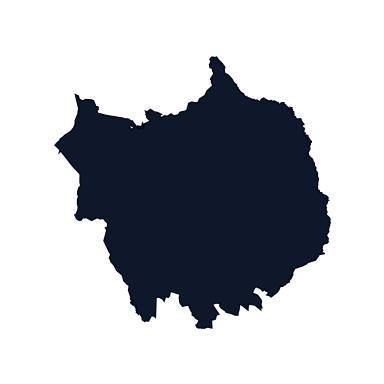 outline of Pivijay, Magdalena, Colombia, rotated 12°
{"feature_id": "7082276B47489948463492", "entity_name": "Pivijay", "entity_type": "district", "adm_level": 2, "iso_a3": "COL", "parent_name": "Colombia", "parent_adm1": "Magdalena", "projection": "albers", "projection_center": [-74.384, 10.44], "detail": "fine", "context": "isolated", "style": "filled", "palette": "ink", "viewbox_px": 384, "rotation_deg": 12, "n_neighbors": 0, "source": "geoboundaries", "source_scale": "gbopen_adm2", "svg_char_len": 6018}
<svg xmlns="http://www.w3.org/2000/svg" viewBox="0 0 384 384"><g transform="rotate(12 192 192)"><path d="M172.7,329.0L173.0,327.6L176.2,327.2L177.9,321.3L180.7,321.2L182.2,322.1L178.8,303.0L180.9,301.5L185.4,302.6L187.4,304.4L187.8,299.7L190.7,299.9L191.5,298.1L191.4,293.6L200.5,294.3L202.0,295.9L201.5,297.6L203.0,302.2L204.4,304.0L205.3,304.2L206.3,305.7L212.1,303.2L215.5,308.2L217.4,309.7L217.9,312.3L220.5,313.2L221.9,314.6L225.5,315.8L225.6,317.2L224.7,320.3L223.6,321.4L224.9,323.1L226.5,323.6L228.9,322.9L229.5,323.2L230.5,322.7L231.9,322.8L235.4,320.7L239.6,320.8L237.6,313.4L241.2,311.4L241.3,307.4L243.6,306.0L235.2,297.8L238.1,295.7L242.7,294.9L242.8,297.5L244.4,299.2L249.6,301.4L250.7,302.5L254.8,302.5L259.9,303.3L262.4,302.9L262.1,300.8L262.4,297.2L261.8,292.2L263.8,292.0L271.2,295.7L270.7,292.3L270.9,289.7L277.1,289.5L283.6,292.8L283.0,291.1L284.3,290.7L282.6,287.5L282.7,285.0L281.8,283.1L278.5,280.2L276.6,279.1L272.0,278.6L272.7,274.0L273.9,271.2L278.8,272.1L281.8,274.0L283.4,272.1L284.9,273.5L286.4,273.5L288.2,274.7L286.7,277.1L289.2,277.1L291.2,278.1L296.2,272.1L297.3,269.3L297.8,265.8L300.3,265.4L301.8,263.4L302.7,263.2L302.9,261.8L305.7,259.8L305.7,258.0L307.0,255.4L307.7,251.5L306.8,251.3L308.0,246.5L307.0,246.2L315.3,241.2L318.4,238.8L320.2,236.6L326.9,232.9L329.4,226.7L333.9,224.8L334.6,225.1L333.7,224.3L332.6,224.7L331.6,224.3L331.5,222.5L331.9,221.9L330.8,220.6L330.9,218.8L330.4,218.1L331.6,215.4L334.7,213.9L335.6,212.4L334.9,211.5L334.8,209.0L332.5,206.9L332.9,204.4L334.0,202.3L333.0,200.3L333.4,199.0L333.1,197.1L333.6,196.2L333.1,194.9L333.6,193.4L332.7,192.1L332.7,190.4L331.8,188.7L327.7,186.2L328.1,183.5L326.5,181.2L326.6,180.2L326.0,179.7L326.5,179.1L325.7,178.3L325.5,175.9L326.2,175.5L325.9,175.0L326.6,174.1L326.3,172.5L327.0,171.8L326.3,171.7L326.1,170.4L325.7,170.3L326.2,169.9L326.1,169.1L324.0,167.8L319.6,167.1L319.1,165.9L317.2,166.0L316.6,165.4L316.2,165.5L316.1,164.2L314.6,163.9L313.5,161.3L313.4,158.8L312.6,156.4L313.0,156.1L312.9,155.2L312.3,155.0L312.9,153.5L312.4,152.1L310.7,150.0L311.2,149.7L310.8,147.7L309.7,146.1L308.1,145.0L308.2,142.8L306.1,140.8L305.8,139.3L305.2,138.0L304.0,137.2L303.2,135.1L301.5,133.9L299.8,133.6L299.7,132.7L299.0,132.7L298.5,132.1L297.3,129.2L298.4,125.6L297.5,123.2L296.7,122.7L297.9,121.1L296.9,118.7L298.3,118.6L298.2,117.7L296.5,116.9L296.1,115.9L294.2,114.6L293.5,112.8L292.1,112.6L291.5,113.5L290.3,112.9L290.5,110.9L289.0,110.7L288.6,110.0L288.6,106.4L287.3,106.2L285.3,103.6L285.6,102.6L286.9,102.9L287.3,102.5L285.0,100.8L283.4,98.2L282.8,97.9L279.1,99.0L277.3,97.0L276.3,97.1L275.7,96.7L275.7,95.2L273.8,95.3L273.7,93.7L274.2,93.4L275.0,94.0L274.9,92.9L274.6,92.3L273.2,92.0L273.0,90.4L271.8,90.2L272.2,88.9L271.2,88.8L270.2,90.7L269.6,90.8L269.1,89.3L268.1,90.1L267.3,88.7L265.7,88.8L265.8,87.7L263.8,86.9L263.3,85.6L261.2,86.0L259.3,88.2L258.1,87.6L257.7,86.7L255.2,87.4L255.4,86.3L253.8,85.9L251.3,86.8L250.3,86.1L249.4,87.1L248.8,86.8L248.1,87.3L242.5,85.3L240.7,86.9L239.6,89.9L236.3,88.6L234.6,89.4L233.3,88.6L231.3,89.2L230.5,88.6L226.1,88.0L225.8,87.5L225.6,87.9L224.5,87.7L222.5,86.3L221.9,85.2L220.2,84.7L219.7,85.0L218.9,84.0L217.5,83.4L217.3,82.7L215.9,81.9L215.3,80.5L214.3,80.2L212.9,77.8L209.7,76.0L208.2,73.9L203.8,70.4L199.0,68.8L197.8,65.0L198.2,63.5L197.5,62.4L196.6,62.0L194.8,60.0L193.8,60.1L193.7,59.3L190.8,57.7L188.0,55.0L187.4,55.6L183.4,56.0L182.0,58.4L183.3,59.7L183.3,62.0L182.7,63.7L183.8,66.5L186.3,66.8L187.4,69.8L188.7,70.9L188.7,72.3L186.7,77.6L186.8,78.1L188.2,78.2L188.1,80.2L190.3,83.7L185.8,89.9L184.7,94.9L180.1,99.4L179.5,102.8L178.0,104.0L173.0,104.2L170.4,106.0L170.0,113.2L168.3,114.5L163.8,116.5L162.6,119.4L159.7,120.8L157.9,121.3L155.3,120.0L152.2,123.1L149.1,123.3L147.4,125.0L145.9,125.7L145.1,125.2L144.9,123.8L144.9,122.8L145.6,122.4L141.9,121.5L138.1,121.5L134.2,119.9L131.5,123.0L129.8,122.7L130.7,124.2L131.7,124.1L132.7,122.9L133.2,123.0L133.3,124.2L132.7,123.9L130.9,125.7L131.7,126.4L132.1,128.1L133.3,129.3L136.9,131.1L130.8,135.7L130.8,139.4L130.4,139.3L130.6,137.3L129.6,135.5L129.6,137.3L130.4,137.3L130.0,137.8L129.3,136.9L129.3,138.4L129.6,138.7L129.8,138.3L130.4,138.0L129.7,138.8L128.6,139.1L128.8,140.2L127.8,140.4L127.6,139.6L127.9,138.9L128.9,138.5L127.1,138.8L127.5,140.9L127.1,141.4L126.9,140.8L127.3,140.3L126.4,140.0L125.9,140.8L125.2,139.5L125.7,138.8L126.8,138.6L124.8,139.0L125.1,138.4L124.4,139.2L123.1,139.4L124.4,139.8L122.8,139.8L119.6,144.2L118.7,142.2L117.5,142.4L117.0,141.9L117.8,139.8L118.4,139.1L119.6,140.2L120.9,140.2L122.5,138.6L122.4,138.1L120.5,136.8L118.9,134.9L117.4,135.5L115.3,134.1L113.6,134.0L111.2,134.6L109.1,134.2L92.2,135.0L82.8,134.6L82.9,134.0L82.0,132.5L83.0,130.6L82.6,128.9L82.0,128.3L80.8,128.6L80.0,128.2L76.6,123.2L74.6,122.9L68.8,123.7L66.1,125.7L62.5,124.8L60.7,121.7L57.8,121.1L63.9,133.8L64.0,137.1L64.7,136.7L63.0,146.3L63.7,149.9L63.0,153.9L60.9,158.0L55.7,163.1L54.4,165.3L52.2,167.5L52.0,169.5L51.1,170.7L50.8,170.5L48.4,174.6L54.2,178.2L54.1,180.5L54.6,179.7L55.7,179.5L69.7,191.3L78.9,197.7L80.5,205.8L81.8,208.4L81.5,210.0L80.6,211.1L80.2,215.3L80.7,217.9L82.2,220.1L81.6,222.9L82.6,227.6L84.0,230.3L84.2,234.1L83.0,238.4L82.3,238.7L83.7,240.8L85.5,242.5L87.6,243.1L87.8,242.7L89.2,242.7L90.3,239.8L92.7,239.5L93.3,238.7L99.7,240.6L104.0,237.2L105.6,236.6L106.7,237.3L108.1,237.2L110.8,236.1L113.2,238.3L115.9,239.7L116.6,243.1L117.1,243.9L114.9,245.1L116.7,246.9L116.1,258.0L123.2,267.4L125.6,269.8L125.0,273.8L126.8,275.7L127.1,276.8L131.3,280.1L134.8,284.4L141.1,287.7L143.9,293.0L147.4,295.5L150.1,296.5L150.4,301.3L154.2,307.7L154.0,308.4L154.7,310.1L156.2,310.8L155.0,312.8L155.8,313.7L156.3,312.9L156.7,313.5L156.7,313.1L157.5,314.2L159.6,315.4L161.2,315.3L161.5,316.3L160.9,316.9L162.4,317.9L161.9,319.2L162.9,320.2L162.8,321.3L163.8,321.4L163.9,322.1L164.9,322.0L165.2,322.5L165.5,322.0L166.8,322.2L167.3,323.1L168.2,322.8L168.5,324.0L169.4,324.5L169.4,325.4L170.0,325.8L169.7,326.6L170.0,327.3L172.5,328.3L172.7,329.0Z" fill="#0f172a" stroke="#020617" stroke-width="1.5"/></g></svg>